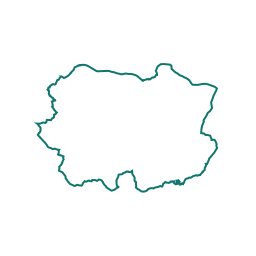 the district of Agona East, Central, Ghana, rotated 115°
{"feature_id": "2480657B54607197552612", "entity_name": "Agona East", "entity_type": "district", "adm_level": 2, "iso_a3": "GHA", "parent_name": "Ghana", "parent_adm1": "Central", "projection": "natural_earth1", "projection_center": [-0.645, 5.635], "detail": "fine", "context": "isolated", "style": "outline", "palette": "teal", "viewbox_px": 256, "rotation_deg": 115, "n_neighbors": 0, "source": "geoboundaries", "source_scale": "gbopen_adm2", "svg_char_len": 5791}
<svg xmlns="http://www.w3.org/2000/svg" viewBox="0 0 256 256"><g transform="rotate(115 128 128)"><path d="M155.6,54.4L154.3,54.7L153.8,54.1L152.7,54.4L150.3,54.3L149.5,53.9L148.9,53.3L148.3,52.3L147.4,51.9L146.9,51.3L146.6,50.4L146.1,49.7L145.4,49.3L144.5,49.0L142.6,47.0L142.0,46.3L141.9,44.9L140.9,44.2L140.4,42.9L140.1,42.7L139.7,42.8L138.1,42.2L137.1,42.2L136.9,41.9L136.5,41.9L136.0,41.5L135.5,41.7L134.9,41.3L133.4,40.8L131.9,41.5L129.7,41.4L128.8,41.5L128.1,41.8L127.7,42.2L127.4,41.2L126.8,41.1L122.3,41.3L121.5,41.5L120.2,41.1L113.8,39.4L108.4,38.8L107.8,39.6L107.1,40.0L106.4,40.6L105.3,40.8L104.9,41.1L103.6,42.5L102.4,44.1L102.2,44.6L102.2,45.0L103.3,46.7L103.5,47.3L102.7,47.5L102.0,48.5L100.6,49.8L100.3,50.2L100.3,50.8L100.8,53.3L101.4,54.2L101.4,55.3L101.0,56.2L100.9,56.8L101.5,58.3L101.2,59.2L101.5,59.6L99.0,60.6L96.4,61.4L95.9,61.3L95.1,61.8L91.2,61.9L90.4,62.2L90.1,62.0L89.1,62.8L84.1,62.1L80.7,62.1L77.9,60.8L74.4,60.3L69.8,63.4L62.0,64.1L56.8,63.9L54.6,64.2L54.2,65.6L54.0,67.4L54.6,73.8L55.0,75.8L55.7,77.5L56.5,78.8L57.4,80.2L59.5,83.1L61.4,87.5L61.3,88.5L61.0,89.1L58.8,92.8L58.3,95.4L58.2,96.7L58.3,98.4L58.1,100.3L58.3,103.1L57.6,106.6L57.5,108.6L57.1,110.2L56.3,112.4L56.2,113.3L53.2,115.0L52.8,116.6L54.9,122.6L56.4,125.3L59.6,127.1L64.4,126.9L66.2,124.9L67.6,124.1L68.0,124.9L68.2,125.0L70.6,125.3L70.9,125.8L71.5,126.3L71.9,127.2L72.4,127.6L74.5,128.5L74.6,129.4L74.9,129.3L75.1,129.5L75.4,130.1L75.3,130.3L75.6,131.4L75.9,131.7L76.3,131.9L77.7,133.4L78.0,134.1L78.7,134.3L78.5,134.8L78.9,135.0L78.3,136.8L77.1,141.2L76.9,142.2L76.9,143.6L77.4,146.8L77.8,148.3L78.8,150.5L79.7,153.3L82.0,156.3L83.2,161.8L83.3,164.0L84.0,166.4L84.4,169.6L85.6,172.1L89.0,178.6L89.5,179.7L89.7,180.9L88.8,189.1L88.7,191.9L89.3,194.4L89.5,195.0L91.3,198.2L91.5,197.9L93.2,200.4L93.1,199.9L95.6,202.0L98.0,201.8L102.2,203.2L102.3,203.0L106.4,204.5L109.8,207.2L109.4,209.9L109.7,210.7L109.8,210.6L111.7,211.1L113.2,211.1L113.8,211.5L114.0,212.0L114.7,212.4L116.2,212.2L117.8,212.3L118.6,212.1L119.6,212.7L119.9,214.5L120.3,214.9L121.1,215.2L121.9,215.8L122.2,216.2L122.4,216.3L123.0,216.4L123.4,216.2L124.3,216.2L124.7,217.1L125.0,217.2L125.3,217.2L125.8,216.9L126.1,217.0L126.6,216.7L127.2,217.1L127.6,216.5L127.5,216.2L127.3,216.3L127.2,216.2L127.4,215.6L127.5,215.6L127.7,215.9L128.1,215.2L128.9,214.7L130.0,214.4L130.5,213.8L130.9,213.8L131.3,212.9L131.4,213.1L131.9,212.6L131.9,212.3L131.7,212.4L131.7,212.6L131.5,212.2L131.9,211.5L132.6,209.8L132.6,209.5L132.3,209.1L132.5,208.5L132.7,208.2L133.3,208.0L133.4,206.5L133.6,205.7L133.8,205.6L134.1,206.0L134.3,206.5L135.0,206.8L135.3,207.4L135.8,207.6L136.2,208.1L136.8,207.4L137.9,206.8L139.0,205.9L139.6,205.8L139.9,205.5L140.4,205.9L140.5,205.9L141.2,205.2L141.3,205.0L141.7,204.1L142.1,203.3L142.5,203.0L142.7,202.4L143.0,202.1L143.2,201.2L143.8,200.5L144.0,199.1L146.3,199.7L146.7,200.3L147.1,200.6L147.4,200.6L147.7,200.3L149.1,199.8L149.3,199.7L149.7,199.8L150.1,199.8L151.8,201.0L153.2,201.1L153.6,201.3L154.5,204.1L155.1,205.0L156.9,204.5L158.3,204.9L158.6,206.5L158.8,207.0L159.0,207.4L161.2,209.5L162.4,212.2L162.6,210.9L163.4,210.3L164.3,208.1L164.9,207.3L166.4,206.7L167.3,206.1L169.2,206.1L169.8,206.2L170.4,206.7L171.3,206.6L171.9,206.9L172.4,206.8L176.7,196.4L177.6,194.6L179.0,192.7L179.1,191.9L178.8,189.1L179.0,187.8L178.9,187.4L178.8,187.1L177.8,185.8L177.6,185.4L177.5,183.5L177.4,182.5L177.0,181.8L176.9,181.2L177.4,181.3L177.7,181.2L179.2,180.5L180.2,180.2L181.6,180.2L181.7,179.1L181.2,177.5L181.1,176.5L181.0,175.9L181.0,174.4L182.4,174.2L182.8,174.0L183.5,173.1L185.6,173.2L186.6,173.0L187.1,173.2L187.7,172.8L188.6,173.0L189.8,173.0L190.5,173.5L191.5,173.6L192.1,173.9L192.7,173.7L193.2,173.2L193.7,173.0L194.9,172.9L195.9,172.4L195.9,168.7L198.2,164.2L200.0,163.2L200.8,161.5L202.0,159.8L202.6,158.0L203.2,157.0L203.1,153.0L203.2,152.0L202.9,151.5L201.8,150.8L201.0,150.1L200.5,147.4L200.1,146.6L200.0,145.9L199.3,145.4L197.1,145.5L194.5,144.8L194.5,143.8L194.4,143.3L193.3,142.3L192.7,142.0L192.1,141.1L192.3,140.4L191.7,138.5L190.2,138.4L189.3,136.3L189.0,135.0L189.0,133.7L188.6,133.3L188.1,133.2L187.0,132.6L186.6,131.2L186.8,129.3L187.4,128.5L187.6,127.9L187.9,127.8L188.5,127.0L189.7,124.8L190.0,123.5L190.9,122.5L190.9,122.2L191.0,121.9L191.1,120.8L191.4,119.6L191.4,119.0L191.8,116.8L191.5,116.1L190.1,114.6L189.2,113.9L187.0,112.8L186.1,112.2L185.8,111.7L185.4,111.8L185.3,112.9L185.1,113.5L184.8,113.7L183.7,114.6L180.6,116.2L179.5,116.4L176.6,116.2L175.6,116.4L174.5,116.8L174.0,116.5L172.9,114.6L172.3,113.8L171.7,113.5L171.2,113.5L169.1,111.5L168.8,111.3L168.3,111.2L168.1,111.0L167.9,110.1L167.4,109.7L167.6,108.6L167.1,107.3L166.4,106.7L165.2,106.2L166.1,105.5L167.2,105.1L167.8,104.5L168.3,103.9L169.6,101.7L170.4,100.9L171.2,100.5L172.3,100.2L173.2,99.4L173.5,98.9L173.6,97.9L175.7,97.0L176.7,96.2L178.6,95.6L179.3,93.2L179.3,92.7L179.2,92.0L179.8,89.1L179.0,86.8L178.1,85.6L176.6,84.4L175.0,83.9L174.6,83.8L173.4,82.4L172.6,81.3L172.2,80.4L172.1,79.5L170.6,78.3L168.4,75.5L167.2,74.5L166.8,73.5L166.8,72.5L166.1,72.3L164.8,72.3L164.0,72.5L163.6,72.5L162.7,71.8L161.8,71.7L161.2,71.4L161.2,70.0L160.4,67.7L159.9,67.1L158.6,66.9L158.4,66.0L157.7,65.6L157.4,64.8L157.7,64.5L157.8,64.3L157.7,64.1L157.2,63.8L157.1,63.7L157.7,63.6L157.9,63.2L158.3,63.2L158.4,62.9L158.3,62.5L158.7,62.1L158.8,61.0L158.4,60.6L158.1,59.9L157.7,59.8L157.2,60.3L157.0,59.7L156.6,59.5L156.2,60.0L156.2,60.5L155.9,61.4L155.4,61.5L155.1,61.7L154.7,60.5L154.1,60.2L154.5,59.3L154.8,59.9L155.0,59.8L155.1,59.3L155.3,59.1L155.9,59.6L156.0,58.8L156.3,58.9L156.5,58.7L156.5,58.0L156.6,57.9L157.1,58.2L157.4,57.5L157.4,57.1L156.9,56.2L156.6,56.1L156.8,56.9L156.6,57.2L156.4,57.1L156.4,56.5L155.9,56.2L155.8,55.5L155.5,55.5L155.5,55.4L155.7,55.2L155.6,54.4Z" fill="none" stroke="#0f766e" stroke-width="2"/></g></svg>